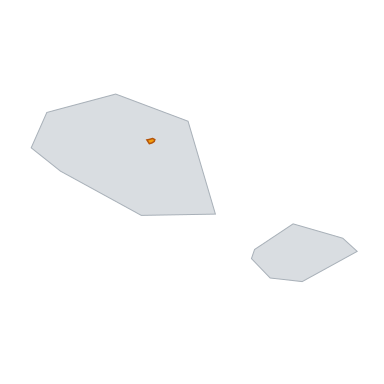 Mdina highlighted on a map of Malta, rotated 164°
{"feature_id": "MLT-5921", "entity_name": "Mdina", "entity_type": "state/province", "adm_level": 1, "iso_a3": "MLT", "parent_name": "Malta", "parent_adm1": "", "projection": "orthographic", "projection_center": [14.407, 35.882], "detail": "fine", "context": "in_parent", "style": "filled", "palette": "amber", "viewbox_px": 384, "rotation_deg": 164, "n_neighbors": 0, "source": "natural_earth", "source_scale": "10m", "svg_char_len": 517}
<svg xmlns="http://www.w3.org/2000/svg" viewBox="0 0 384 384"><g transform="rotate(164 192 192)"><path d="M334.4,278.8L309.6,308.5L238.4,307.2L176.3,261.1L175.6,164.3L247.2,183.5L312.7,248.3L334.4,278.8ZM147.7,119.5L103.6,133.5L59.8,106.0L49.6,89.4L110.8,75.5L140.6,87.8L153.2,111.6L147.7,119.5Z" fill="#d9dde1" stroke="#a8b0b8" stroke-width="1"/><path d="M213.3,252.6L214.4,251.0L217.0,250.2L219.7,250.2L221.0,254.5L218.8,254.3L215.1,254.3L213.3,252.6Z" fill="#f59e0b" stroke="#b45309" stroke-width="1.5"/></g></svg>